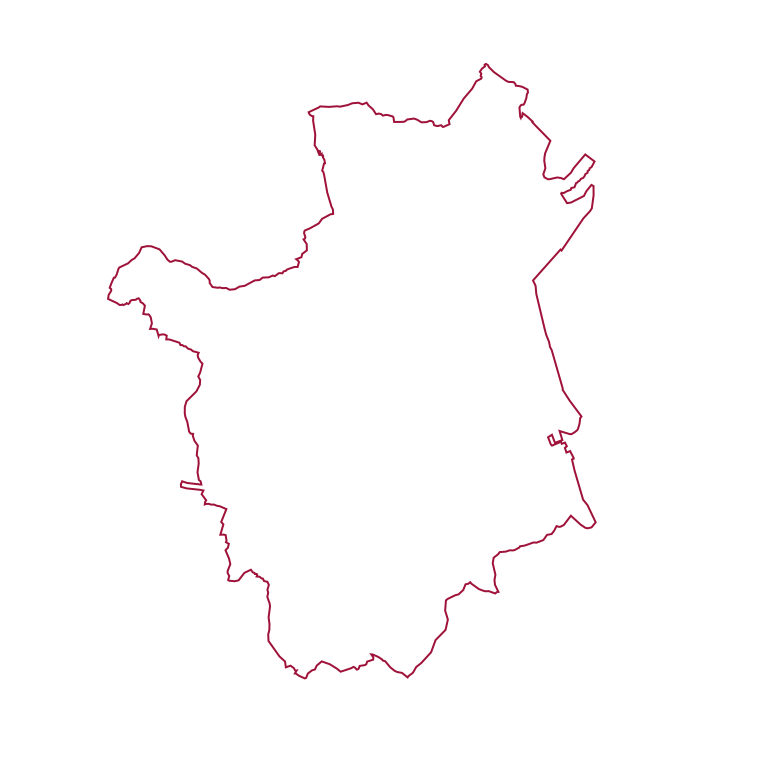 Maldaresti, Vâlcea, Romania, rotated 78°
{"feature_id": "2599482B3246342951761", "entity_name": "Maldaresti", "entity_type": "district", "adm_level": 2, "iso_a3": "ROU", "parent_name": "Romania", "parent_adm1": "Vâlcea", "projection": "orthographic", "projection_center": [23.99, 45.113], "detail": "fine", "context": "isolated", "style": "outline", "palette": "rose", "viewbox_px": 768, "rotation_deg": 78, "n_neighbors": 0, "source": "geoboundaries", "source_scale": "gbopen_adm2", "svg_char_len": 6144}
<svg xmlns="http://www.w3.org/2000/svg" viewBox="0 0 768 768"><g transform="rotate(78 384 384)"><path d="M359.8,580.8L365.0,583.6L371.4,585.0L374.9,585.1L380.0,584.3L390.2,584.5L392.4,583.3L393.1,581.1L395.0,581.8L400.2,581.2L405.5,578.9L414.8,582.0L418.0,581.0L423.3,581.8L431.6,584.8L439.4,585.0L441.1,583.6L444.4,583.6L439.9,597.1L437.2,601.7L440.0,603.6L442.4,603.9L445.1,598.7L449.1,586.4L450.6,582.8L453.9,585.3L460.8,582.1L462.2,583.5L464.5,584.3L464.3,583.1L464.8,580.4L466.1,578.0L466.5,575.6L468.4,572.7L469.4,570.1L473.6,564.2L485.1,571.9L487.9,570.3L497.4,575.4L498.0,572.1L498.9,570.3L504.5,570.6L505.8,571.5L508.1,569.0L511.6,570.7L513.7,573.6L522.4,571.9L528.3,571.8L534.5,575.9L536.7,576.2L539.6,575.3L543.4,577.2L544.2,576.4L545.9,571.0L545.8,567.0L539.7,559.8L538.0,552.8L541.0,551.5L541.8,550.0L543.0,549.8L543.4,548.0L544.4,547.7L545.8,548.6L546.7,545.7L548.7,544.2L549.2,542.9L551.8,542.3L553.2,539.2L556.6,538.4L561.0,540.8L564.1,540.7L568.0,542.4L575.0,541.5L577.8,541.7L588.3,545.4L594.9,545.9L600.8,547.3L604.8,549.3L611.4,550.4L628.9,542.8L634.8,538.5L640.7,538.9L640.1,534.0L643.1,531.3L646.1,530.3L646.1,529.0L648.6,531.3L648.8,530.5L651.8,527.7L655.5,522.7L655.3,521.3L651.4,518.7L649.1,513.9L648.9,510.9L645.5,508.4L642.4,502.6L646.9,495.2L652.6,489.3L656.4,486.2L655.2,475.3L654.4,472.7L655.2,471.5L657.7,470.0L657.7,469.3L657.3,468.1L654.7,466.4L655.0,461.0L654.4,459.6L652.0,458.1L651.4,451.9L649.1,451.3L645.8,452.7L646.2,451.3L649.9,446.2L653.2,443.0L654.2,442.8L655.4,440.5L662.4,436.8L666.7,433.3L668.5,430.9L670.3,426.5L675.9,421.9L674.8,420.8L672.5,415.8L667.5,411.3L664.7,405.6L656.2,393.7L645.2,386.8L637.3,374.9L627.7,370.5L618.4,371.3L608.5,368.4L607.4,366.2L605.4,358.0L605.3,354.9L602.0,349.3L596.9,345.9L596.9,342.9L595.8,340.9L597.8,339.8L604.4,333.7L606.6,330.3L607.8,328.0L608.4,324.6L612.0,318.8L611.0,316.8L611.1,315.3L603.5,317.2L598.7,316.7L593.8,314.7L581.9,314.9L576.7,312.8L574.2,307.7L572.5,305.8L573.3,299.5L572.8,295.6L573.6,292.5L573.6,290.8L572.1,285.7L571.0,284.6L571.3,280.1L570.1,270.6L570.9,267.8L569.8,260.6L565.5,255.9L565.6,251.2L562.9,248.1L558.9,244.8L560.2,242.3L560.3,241.2L559.3,237.4L551.7,228.6L562.3,221.0L566.6,216.9L567.5,214.7L567.4,210.8L563.3,205.7L544.9,210.1L538.5,213.3L508.3,215.6L496.9,215.8L496.5,214.0L495.7,213.9L488.3,215.9L489.0,219.8L484.1,220.3L482.9,218.1L478.9,219.2L479.5,222.5L477.3,222.9L479.2,232.5L477.7,233.4L470.2,234.6L468.6,230.3L477.1,229.0L475.9,221.2L466.5,222.0L471.7,212.6L472.0,211.0L470.9,207.7L469.4,204.7L468.3,203.6L463.7,201.1L458.2,199.2L456.8,197.6L438.8,205.9L426.7,210.5L425.7,210.1L385.9,212.9L382.2,213.9L377.0,213.8L369.6,215.1L363.8,215.4L327.5,216.3L319.4,215.3L313.7,216.7L289.2,183.4L290.4,182.6L263.4,154.5L257.8,146.6L255.4,144.2L243.2,139.8L234.0,137.9L232.4,139.7L237.5,146.0L241.6,149.3L245.4,163.5L245.1,167.4L234.7,171.2L233.9,170.5L234.6,168.5L233.6,165.5L232.8,160.9L231.2,160.0L231.2,156.8L227.4,154.3L227.2,153.1L226.2,152.0L226.0,150.7L224.2,148.6L223.9,146.5L222.7,144.9L220.5,143.3L219.7,141.0L217.9,140.4L217.3,138.7L215.8,138.0L214.9,135.8L210.1,131.8L201.3,139.4L212.3,153.6L216.2,157.2L221.1,165.4L219.2,168.3L218.0,171.6L218.1,179.7L217.7,181.2L215.2,184.1L212.1,184.6L206.5,181.3L198.8,180.8L195.3,179.8L191.8,178.4L180.7,170.7L161.9,182.6L158.7,184.5L158.3,184.0L152.5,188.1L147.9,192.1L151.4,193.4L151.7,194.7L152.1,194.9L151.0,195.2L141.6,194.0L139.8,192.2L139.5,190.8L139.8,189.4L139.0,188.5L134.1,185.4L130.1,183.9L128.9,182.6L125.9,182.3L122.1,186.9L120.4,190.5L119.7,193.0L117.8,193.1L115.7,194.4L114.3,199.6L112.6,201.7L101.8,211.6L95.9,215.5L93.8,216.0L92.1,217.7L92.6,219.2L94.3,219.2L95.9,222.6L98.5,225.3L100.6,224.3L102.8,225.4L104.2,224.7L105.5,225.3L107.1,230.9L113.4,236.3L121.4,246.7L131.8,256.7L139.4,265.8L143.5,265.9L144.9,272.5L144.7,273.1L142.8,274.2L142.8,278.3L141.3,281.2L138.1,281.4L136.7,282.7L136.1,284.4L136.7,288.0L135.8,293.0L132.3,296.7L130.6,299.5L130.1,306.2L131.5,308.9L131.6,310.7L129.8,319.6L125.1,319.3L124.1,319.9L121.6,324.6L121.1,326.6L121.3,329.2L119.5,330.6L118.4,332.8L118.4,335.7L113.1,337.7L108.3,341.2L105.2,342.5L106.0,347.0L103.6,350.4L102.8,356.7L103.6,361.4L103.6,369.3L102.6,372.1L101.5,380.2L99.2,388.7L99.9,390.2L102.5,401.2L105.0,400.7L106.9,398.9L107.4,397.5L111.7,398.6L125.9,399.4L136.1,402.2L142.1,400.0L143.0,398.2L144.4,398.6L143.5,400.1L146.5,399.6L146.7,398.0L146.0,397.1L147.5,397.2L147.8,396.2L148.5,396.1L149.6,396.6L152.4,395.7L155.9,395.8L155.9,396.8L162.5,400.1L163.9,399.3L166.9,399.1L185.0,399.7L199.6,398.5L202.7,397.7L207.1,398.4L206.9,401.2L209.6,410.3L213.3,414.3L216.4,424.3L217.3,429.2L218.0,430.1L219.8,430.8L224.1,430.4L225.2,431.0L225.8,432.6L231.1,430.5L237.3,431.7L239.8,437.0L242.8,438.4L243.7,443.9L245.5,442.4L247.0,441.8L251.6,444.2L250.9,446.9L251.4,452.1L252.0,455.5L252.8,456.1L253.0,458.9L254.6,460.3L253.8,463.2L253.9,464.2L255.8,468.4L254.8,470.2L255.7,474.6L254.7,480.5L256.4,484.1L255.8,489.0L259.0,499.8L258.7,505.2L260.3,510.0L259.7,515.4L257.2,518.5L256.7,521.9L255.3,525.0L255.4,526.4L253.5,531.6L249.0,533.5L246.5,533.0L244.6,533.6L239.9,536.3L237.4,539.0L232.1,543.1L229.6,547.2L227.3,549.2L225.1,553.4L222.2,556.1L219.5,562.5L220.2,566.5L220.0,567.9L217.3,570.0L212.7,571.7L205.6,575.6L200.9,583.0L199.9,587.1L199.9,592.7L204.9,596.3L209.3,602.0L210.2,605.0L212.8,609.3L215.0,618.6L216.0,619.7L221.6,622.9L224.0,625.0L223.9,626.2L229.1,629.9L232.9,632.3L234.5,631.1L236.2,631.5L239.6,634.8L243.4,636.2L249.4,628.3L251.7,626.2L252.1,624.1L251.8,623.3L252.6,622.6L252.1,619.9L251.4,618.9L252.6,617.5L251.8,616.0L250.0,614.9L249.5,613.3L250.0,609.3L249.2,607.6L249.2,606.1L251.8,605.0L253.0,605.2L255.1,603.0L257.7,601.6L265.4,604.9L266.7,601.6L266.8,600.1L267.6,599.3L270.3,598.3L276.4,598.4L281.5,601.3L281.9,598.8L283.4,595.0L290.2,594.5L289.3,594.0L289.4,590.5L290.0,588.3L291.5,586.5L295.1,587.7L295.8,584.7L301.1,575.5L303.6,575.0L304.0,573.2L305.6,571.7L305.9,570.2L308.7,568.3L310.2,565.6L312.1,564.2L314.9,558.8L317.1,560.3L319.6,560.3L323.8,558.9L326.4,557.3L334.8,561.6L338.0,564.1L341.9,563.0L346.5,564.3L352.2,569.0L359.8,580.8Z" fill="none" stroke="#9f1239" stroke-width="2"/></g></svg>